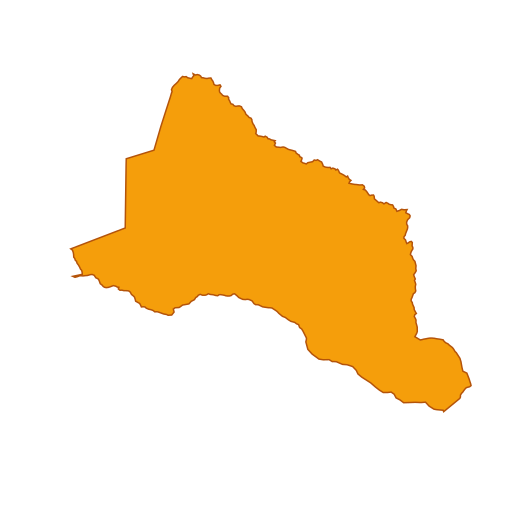 the district of Arame, Maranhão, Brazil, rotated 258°
{"feature_id": "56859067B58092431087788", "entity_name": "Arame", "entity_type": "district", "adm_level": 2, "iso_a3": "BRA", "parent_name": "Brazil", "parent_adm1": "Maranhão", "projection": "mercator", "projection_center": [-45.954, -4.991], "detail": "fine", "context": "isolated", "style": "filled", "palette": "amber", "viewbox_px": 512, "rotation_deg": 258, "n_neighbors": 0, "source": "geoboundaries", "source_scale": "gbopen_adm2", "svg_char_len": 5841}
<svg xmlns="http://www.w3.org/2000/svg" viewBox="0 0 512 512"><g transform="rotate(258 256 256)"><path d="M74.3,425.7L75.5,426.6L77.5,427.1L79.0,428.6L79.9,430.0L80.9,431.0L82.3,432.6L83.5,434.4L83.6,436.0L83.7,437.8L84.5,439.4L86.4,439.4L89.0,439.1L91.4,438.9L97.6,437.9L100.3,434.4L104.1,434.3L107.6,434.4L109.9,434.5L113.5,434.2L119.8,431.8L121.2,430.8L123.7,430.0L125.6,429.1L127.6,427.4L128.8,426.4L130.2,425.5L131.7,423.5L133.5,422.2L135.1,421.6L136.6,418.0L137.4,415.7L138.4,413.4L139.2,410.8L139.6,408.6L139.7,406.4L139.7,404.9L139.8,402.9L139.7,401.1L139.7,399.3L141.2,397.6L142.6,396.2L144.0,394.6L147.1,397.2L148.7,398.1L150.9,398.5L152.9,398.9L155.1,398.8L157.7,398.6L160.1,399.2L161.8,398.9L163.8,398.2L165.7,399.2L166.4,400.9L168.6,400.2L170.7,399.6L172.7,399.9L175.0,399.4L176.4,399.1L178.0,399.2L179.9,398.4L181.6,398.9L182.8,399.9L184.8,401.1L186.4,402.1L187.1,403.8L188.6,405.0L190.9,405.1L192.8,405.4L195.2,406.4L197.4,406.2L199.1,405.9L200.4,407.0L203.0,406.5L204.9,406.3L206.6,408.2L208.2,409.6L210.6,409.7L213.2,410.5L215.8,410.4L217.8,410.3L219.0,409.5L220.6,408.9L223.2,408.6L225.2,407.3L227.0,408.1L228.8,409.4L230.3,410.9L231.8,411.2L233.5,410.8L235.0,411.2L236.7,411.7L238.0,410.9L237.9,409.2L237.2,407.7L236.8,406.1L238.9,405.7L240.6,405.6L242.6,404.3L244.1,404.8L245.3,406.3L246.7,406.9L248.2,407.9L249.7,408.9L251.1,409.8L252.7,410.4L254.1,410.6L255.7,410.0L257.9,410.4L260.0,411.9L261.5,414.3L263.2,415.1L264.7,414.6L265.8,413.1L267.2,411.5L268.9,412.5L270.0,413.4L270.4,410.5L271.4,408.1L270.7,405.7L270.4,403.1L272.9,402.6L274.2,400.9L275.8,400.8L277.6,400.2L278.1,398.6L279.0,396.9L280.1,396.0L281.3,394.4L280.4,392.0L281.8,390.8L282.8,388.9L282.6,387.2L284.2,386.0L285.6,385.0L287.3,383.7L289.9,384.0L291.2,383.6L291.5,381.9L291.4,380.1L292.6,379.0L295.3,378.0L297.8,376.7L298.8,374.9L300.0,376.4L301.7,376.4L303.5,374.9L303.7,373.4L304.0,371.9L305.0,369.2L305.5,367.4L306.6,364.7L307.8,362.1L309.1,362.9L310.2,364.6L311.6,363.2L313.4,362.5L315.1,362.2L314.6,360.7L316.3,359.3L317.5,358.0L318.4,356.9L319.9,355.0L322.8,354.4L324.0,353.7L323.5,352.0L324.8,351.4L326.0,349.4L325.7,347.6L327.3,346.9L327.5,345.4L328.0,343.7L328.6,342.2L330.0,340.4L331.8,340.3L334.3,339.7L335.7,338.0L337.4,336.2L337.0,334.7L337.8,332.9L336.5,331.0L336.5,328.7L336.5,326.1L335.6,324.3L336.6,322.7L337.2,321.4L339.2,319.6L340.5,320.6L342.2,321.4L343.3,320.5L344.1,319.4L345.6,319.4L346.7,318.1L348.5,316.6L350.1,316.4L350.8,315.2L351.9,313.2L352.9,311.1L353.6,309.8L355.0,308.2L356.3,306.7L357.0,305.2L357.1,302.5L357.7,300.8L358.4,298.5L360.4,297.0L362.4,298.5L363.9,297.6L364.8,298.7L365.9,296.3L366.5,294.9L367.7,293.6L368.2,292.1L369.7,291.7L371.3,289.9L370.7,288.6L371.7,286.6L372.5,284.7L373.0,283.0L374.5,282.1L375.8,281.2L377.1,281.9L379.5,282.5L382.0,281.7L384.1,281.3L386.0,280.5L388.5,280.1L390.2,280.3L391.8,279.8L393.0,278.0L394.6,277.2L396.7,275.6L399.1,275.2L401.1,274.3L403.0,273.2L405.0,272.8L406.2,271.1L406.5,269.6L406.6,267.3L407.6,265.7L409.2,264.9L410.0,263.2L411.4,262.8L413.4,262.4L415.1,261.8L416.5,262.2L418.2,261.4L418.8,258.5L420.1,256.7L421.5,256.0L422.7,255.1L424.0,254.5L425.6,254.6L427.8,255.4L429.2,257.0L430.9,256.4L430.8,254.1L431.3,251.9L432.7,250.5L434.1,250.5L436.2,250.1L437.7,249.4L439.5,248.9L439.8,246.7L439.8,245.0L440.4,243.1L441.3,241.4L441.8,239.8L443.4,239.3L444.7,238.2L445.7,236.3L445.6,234.4L447.3,232.4L445.2,232.6L444.1,231.1L442.9,230.0L443.5,228.5L444.6,226.2L446.0,225.0L446.1,223.1L446.9,221.5L446.0,220.0L445.2,218.7L444.2,217.4L442.9,216.2L441.3,213.8L440.0,211.5L438.3,209.3L436.2,207.9L434.3,208.1L433.1,207.3L429.0,205.1L417.4,198.4L402.5,189.9L380.7,178.2L378.1,149.3L371.3,147.7L310.6,133.9L301.5,76.3L299.9,77.7L297.4,78.0L295.4,77.9L292.7,77.5L291.3,78.2L289.3,78.4L288.2,79.3L286.1,79.5L284.2,80.4L281.7,81.2L279.7,81.6L278.4,82.4L276.7,82.6L274.2,82.3L274.2,72.6L272.8,74.5L272.9,76.8L273.3,79.5L272.9,81.2L272.5,82.6L272.3,84.8L272.0,87.0L272.2,90.2L272.0,91.9L270.8,93.7L268.0,94.8L266.6,96.7L264.9,97.4L262.8,97.7L261.3,97.9L259.4,99.5L258.0,100.2L256.9,101.3L256.2,102.9L256.0,104.9L256.2,107.1L256.7,110.3L255.6,112.6L254.4,113.9L253.9,115.3L252.4,114.5L250.8,115.8L250.5,117.7L249.6,119.5L248.9,122.5L248.3,124.2L246.8,125.5L244.3,126.2L242.6,127.6L241.3,128.5L239.3,128.8L236.8,128.9L233.8,132.3L231.9,132.9L230.0,133.3L229.8,135.1L229.3,136.7L227.8,137.8L226.3,139.9L225.2,142.3L224.1,144.0L222.4,145.4L222.2,147.0L221.7,148.5L220.7,150.1L218.5,153.6L217.3,156.5L216.3,157.7L216.0,159.9L215.8,161.3L218.2,164.2L221.3,164.1L222.2,166.1L221.6,170.0L222.1,171.4L223.3,174.0L223.2,176.3L223.1,180.4L225.1,183.2L225.6,185.0L226.1,186.7L227.9,188.4L228.6,190.3L229.6,191.3L230.1,193.5L228.8,195.4L228.4,197.2L228.2,198.7L228.5,200.2L229.0,201.5L227.9,203.3L227.0,206.1L225.8,208.3L225.1,210.3L225.8,211.8L225.6,213.3L224.8,215.4L224.1,217.0L223.3,218.3L222.7,220.1L222.4,221.8L222.5,223.5L223.5,225.3L223.5,227.2L221.0,229.2L219.0,230.5L217.5,232.4L216.3,234.1L215.6,236.5L215.5,238.4L214.9,240.1L213.7,241.8L212.8,242.9L209.9,244.1L208.5,245.5L207.9,248.0L206.7,249.6L204.9,251.9L204.2,253.7L203.6,255.3L202.9,257.2L202.4,259.2L201.8,260.8L198.3,264.3L197.1,265.3L195.2,266.4L191.5,269.3L189.8,271.9L186.9,274.4L184.8,276.6L183.0,280.1L181.3,281.5L180.0,283.4L177.0,283.8L175.1,285.5L172.9,286.3L167.5,287.7L165.3,288.3L163.8,287.9L161.6,286.9L153.9,287.3L148.4,290.5L145.6,293.0L144.3,294.2L142.1,296.1L140.5,300.2L139.4,306.0L136.9,308.6L136.6,310.1L135.9,312.6L132.0,318.1L130.7,322.5L129.1,325.3L127.7,327.6L123.3,330.3L119.4,331.2L115.6,334.2L113.1,336.7L108.2,341.7L103.0,345.6L99.2,348.8L96.0,352.1L95.1,356.5L94.8,359.9L92.1,362.4L88.1,363.5L85.2,367.0L81.8,369.9L80.9,374.9L79.8,381.3L78.6,385.9L78.3,387.3L77.8,391.4L73.2,394.1L69.2,398.2L68.2,400.6L66.2,407.0L64.7,407.2L74.3,425.7Z" fill="#f59e0b" stroke="#b45309" stroke-width="1.5"/></g></svg>